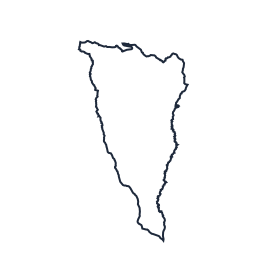 Brezoi, Vâlcea, Romania (Mercator projection), rotated 205°
{"feature_id": "2599482B31107068375666", "entity_name": "Brezoi", "entity_type": "district", "adm_level": 2, "iso_a3": "ROU", "parent_name": "Romania", "parent_adm1": "Vâlcea", "projection": "mercator", "projection_center": [24.205, 45.404], "detail": "fine", "context": "isolated", "style": "outline", "palette": "slate", "viewbox_px": 256, "rotation_deg": 205, "n_neighbors": 0, "source": "geoboundaries", "source_scale": "gbopen_adm2", "svg_char_len": 5752}
<svg xmlns="http://www.w3.org/2000/svg" viewBox="0 0 256 256"><g transform="rotate(205 128 128)"><path d="M194.3,191.7L195.2,190.6L196.2,189.8L198.3,190.1L198.9,189.9L201.0,190.0L201.9,189.4L202.8,187.7L203.8,186.9L206.0,185.8L207.6,185.8L207.4,184.8L206.8,183.7L206.8,183.0L206.2,181.6L206.4,180.8L205.7,179.5L205.7,178.6L204.3,178.8L203.9,177.9L202.4,177.7L201.3,178.3L199.5,178.5L198.9,178.0L195.9,178.1L194.3,178.8L193.9,178.0L193.3,177.8L192.9,176.8L190.5,175.5L190.0,175.0L190.0,174.5L189.5,174.3L189.3,173.9L188.4,174.1L188.3,173.7L187.7,173.1L187.8,172.6L187.3,172.1L186.7,170.8L187.0,169.7L186.8,168.8L187.1,168.1L186.9,167.4L186.5,166.8L186.6,165.6L186.2,164.8L186.0,163.9L185.9,163.0L186.1,162.2L185.5,161.5L185.0,161.3L185.3,161.0L185.0,160.6L185.1,160.3L184.6,160.0L184.4,158.8L183.6,158.4L182.0,156.0L180.5,155.2L179.9,154.0L177.6,152.6L176.7,152.5L176.5,152.1L174.1,150.4L174.2,149.4L173.8,148.6L171.0,149.1L170.5,147.0L169.6,144.9L169.6,144.3L168.8,143.6L169.4,142.0L169.4,140.3L168.5,139.6L168.4,138.6L167.4,137.3L167.2,136.5L166.6,135.8L166.0,133.7L165.1,133.5L164.6,132.8L163.1,131.8L163.2,131.0L163.5,130.4L163.6,129.5L162.4,128.7L161.9,128.1L161.2,128.3L160.4,127.2L159.7,127.1L159.7,126.2L159.2,126.6L157.3,125.8L156.4,123.7L155.6,122.8L154.7,122.4L154.4,121.4L153.9,121.6L152.9,120.6L152.2,119.5L152.2,119.2L152.6,118.9L152.3,118.6L152.2,117.8L151.2,117.1L151.1,116.4L147.9,113.4L147.3,111.9L146.0,111.2L145.7,109.1L145.2,108.4L144.4,106.1L143.9,105.5L142.5,104.9L141.6,104.1L140.7,103.6L140.1,102.6L139.7,102.3L139.5,101.8L138.5,100.8L136.3,97.8L135.1,97.3L132.8,97.8L131.0,96.6L128.9,94.5L127.4,94.1L126.9,93.7L126.7,93.3L125.9,92.8L124.3,91.1L123.7,89.5L123.1,88.7L123.1,87.8L123.3,87.9L123.4,87.4L123.0,86.5L121.1,85.5L119.8,84.3L119.1,84.2L117.7,82.3L116.5,81.4L115.8,80.1L112.3,76.0L108.5,74.2L107.0,74.3L105.8,74.9L104.5,74.9L103.3,75.4L102.3,75.4L100.3,74.4L96.3,71.5L95.2,71.0L94.3,71.1L93.2,70.3L91.8,70.0L89.2,67.8L87.6,65.5L86.8,63.1L83.8,60.6L81.9,57.3L80.9,54.4L80.1,53.2L80.2,49.8L79.9,47.5L79.2,46.5L77.7,45.8L77.1,46.0L76.6,45.8L74.9,45.7L74.0,44.9L72.5,42.9L68.4,43.7L67.8,44.1L66.4,43.9L64.6,42.8L61.9,42.2L60.6,42.5L54.5,43.1L53.6,42.9L52.0,41.9L49.8,41.6L48.4,40.9L48.8,42.3L50.7,44.9L52.1,48.4L52.3,50.0L52.2,52.1L52.7,53.9L53.4,54.8L53.8,54.9L54.4,55.6L55.0,57.3L55.4,57.5L55.5,58.4L55.4,59.4L55.6,60.0L56.5,61.2L59.2,62.7L59.4,63.0L59.2,63.7L60.3,64.3L61.4,65.8L62.4,65.8L62.6,66.6L63.0,66.5L63.1,66.0L63.6,65.4L64.8,65.8L64.9,66.3L65.5,66.8L65.9,67.7L66.5,68.2L66.2,68.7L66.4,69.0L66.7,69.1L67.1,68.7L67.9,69.3L68.0,70.5L67.8,70.9L67.3,71.1L67.6,71.6L69.8,71.9L70.2,73.1L70.6,73.4L70.5,74.0L70.0,74.7L70.3,75.5L70.3,76.0L70.8,76.5L71.4,76.6L71.1,77.5L71.7,77.6L72.0,78.1L71.8,78.6L72.0,78.9L70.8,80.0L70.6,82.0L71.7,82.4L72.0,84.2L71.6,85.1L72.2,85.8L71.5,86.8L71.1,87.0L71.3,87.5L71.1,88.4L71.4,89.4L71.8,89.8L71.3,90.5L71.6,91.7L71.3,92.2L71.0,92.3L71.2,92.9L70.9,93.4L71.0,94.5L70.4,95.0L71.0,95.3L71.9,94.9L72.9,95.9L73.6,95.7L73.8,95.9L73.8,96.2L73.5,96.6L73.5,97.7L73.6,98.1L73.9,98.3L73.7,99.0L74.2,99.7L74.2,100.6L75.1,101.6L75.1,102.3L75.7,102.5L75.3,103.2L76.3,104.1L76.2,104.4L75.5,104.7L75.1,105.2L75.2,105.9L75.5,106.1L75.2,107.7L75.8,108.5L76.2,109.5L76.3,110.2L77.0,110.4L77.2,110.8L76.5,111.5L76.8,112.1L76.7,112.7L77.0,113.7L76.3,114.4L76.3,115.3L75.8,116.2L75.9,117.4L76.2,118.5L76.0,119.5L76.4,119.8L77.1,119.8L77.2,120.1L76.1,120.8L76.8,121.3L76.7,122.0L77.0,122.4L76.2,123.4L76.1,124.8L75.4,125.2L76.4,126.5L76.3,128.2L75.7,129.2L75.8,129.6L76.2,129.9L76.2,130.2L75.7,130.9L76.3,131.3L76.3,131.8L76.7,132.3L76.4,132.7L76.4,133.2L76.0,133.8L77.5,133.8L77.6,134.8L78.4,135.0L78.8,135.5L79.8,135.3L80.2,135.6L80.4,136.2L80.3,136.7L80.5,137.0L80.2,137.4L80.3,137.8L80.7,138.3L81.5,138.2L81.7,139.4L82.5,139.7L82.4,140.0L81.9,140.4L81.8,141.0L82.9,141.7L82.8,142.1L83.1,142.5L83.1,143.1L83.6,143.3L84.0,144.0L85.2,143.9L85.5,144.7L85.8,145.0L86.3,144.8L86.4,145.2L86.2,145.7L86.4,145.8L88.1,145.7L87.8,146.8L88.7,147.1L88.9,147.4L88.6,148.0L89.2,148.2L88.9,149.2L90.1,150.0L90.4,151.2L91.0,151.6L91.1,151.9L90.7,152.7L91.9,153.3L91.7,154.1L90.9,155.1L92.2,157.1L92.0,158.6L92.1,158.9L93.4,159.9L93.9,161.5L93.6,162.6L93.5,164.3L93.7,164.8L93.1,166.7L91.3,168.3L91.5,168.9L91.2,169.4L91.9,169.7L92.9,169.2L94.2,167.9L94.6,169.0L94.2,169.7L94.6,169.8L95.1,171.3L94.7,172.3L94.4,175.6L94.0,176.1L93.7,177.0L94.5,178.8L94.7,181.4L94.0,182.0L94.2,182.7L94.1,183.7L93.0,184.7L92.3,185.9L92.1,187.6L92.4,188.4L92.5,190.0L92.3,192.4L94.6,191.9L96.1,192.5L96.3,193.3L97.8,196.6L98.6,197.5L98.3,198.2L98.3,198.7L99.7,200.1L100.4,200.3L102.4,201.5L102.7,203.6L103.2,204.7L103.3,206.6L104.6,210.5L106.5,211.8L107.4,212.9L109.2,212.4L111.5,212.7L112.9,213.4L114.7,214.9L116.0,215.1L116.8,214.8L118.5,214.7L119.2,213.9L119.2,213.0L119.7,211.8L119.7,210.6L121.0,209.1L121.7,208.9L121.9,208.1L122.3,207.5L123.0,207.2L122.9,206.7L123.2,206.2L122.8,205.8L122.5,204.9L123.2,204.2L123.3,203.2L123.8,202.4L124.5,202.5L125.4,203.2L126.4,203.1L127.0,203.4L127.1,203.1L127.6,203.0L128.5,203.4L132.3,203.8L133.0,204.5L134.7,205.0L138.3,203.7L138.6,202.9L139.9,201.6L140.7,201.3L141.3,200.7L142.3,200.7L144.9,201.3L145.8,201.8L146.3,202.5L147.4,202.4L149.4,204.4L154.7,205.5L156.2,206.3L157.0,206.3L160.8,204.2L162.6,204.1L163.3,204.4L163.9,203.8L167.0,203.1L168.6,202.3L167.7,201.5L166.3,201.2L159.2,203.0L158.4,202.7L157.9,202.1L157.9,201.2L158.3,200.8L162.1,198.4L165.3,195.0L165.8,195.0L166.1,195.9L166.7,195.9L167.7,196.5L168.3,196.4L169.3,197.0L170.6,196.8L171.6,197.6L173.0,197.9L173.6,197.3L173.4,196.5L174.2,195.6L176.5,194.4L179.1,193.6L181.1,192.6L182.5,192.9L184.1,191.7L188.5,191.3L189.4,190.8L190.2,191.6L191.3,191.7L192.7,191.4L194.3,191.7Z" fill="none" stroke="#1e293b" stroke-width="2"/></g></svg>